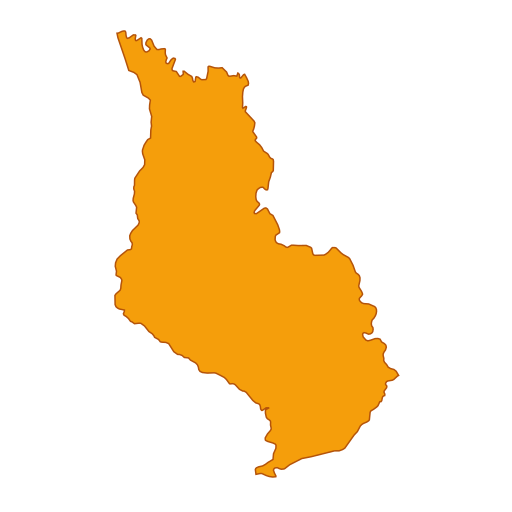 Bu Dop, Bình Phước, Vietnam, rotated 272°
{"feature_id": "81297802B5857215594058", "entity_name": "Bu Dop", "entity_type": "district", "adm_level": 2, "iso_a3": "VNM", "parent_name": "Vietnam", "parent_adm1": "Bình Phước", "projection": "albers", "projection_center": [106.839, 11.984], "detail": "fine", "context": "isolated", "style": "filled", "palette": "amber", "viewbox_px": 512, "rotation_deg": 272, "n_neighbors": 0, "source": "geoboundaries", "source_scale": "gbopen_adm2", "svg_char_len": 6110}
<svg xmlns="http://www.w3.org/2000/svg" viewBox="0 0 512 512"><g transform="rotate(272 256 256)"><path d="M141.6,402.7L145.7,400.1L147.4,397.8L148.2,394.4L149.5,392.0L152.1,390.3L154.2,388.2L155.9,387.3L158.3,387.3L160.7,386.6L162.5,386.5L164.3,387.2L166.7,388.7L169.4,389.4L171.4,388.9L172.9,387.4L174.5,384.5L177.2,382.9L177.8,380.7L177.6,377.9L175.8,373.3L175.1,370.8L175.8,368.8L178.9,365.9L181.2,365.3L182.4,365.5L183.2,366.6L182.9,368.4L181.8,371.2L182.2,373.1L183.3,374.6L184.5,375.3L186.8,375.6L188.6,375.3L190.1,374.1L192.2,373.6L194.3,373.8L196.1,374.3L198.0,376.0L200.5,377.4L202.5,378.1L204.8,378.4L206.8,378.2L208.6,377.4L209.6,376.3L212.0,370.3L212.2,365.3L212.9,363.3L214.3,361.7L215.6,360.8L216.9,360.7L217.7,361.1L219.8,362.9L221.3,363.8L222.1,363.7L224.3,362.7L228.2,360.1L229.7,359.7L235.0,360.7L237.8,360.7L239.8,360.0L241.1,358.9L242.5,356.7L243.7,355.8L250.1,353.3L256.6,349.7L257.7,348.5L260.5,343.0L262.1,340.8L266.8,335.8L267.1,334.7L267.1,332.3L266.5,331.4L264.4,329.9L262.2,328.1L260.3,325.7L259.3,324.0L258.7,314.9L259.0,313.7L260.2,312.7L265.7,311.3L266.6,310.3L268.3,305.8L267.9,298.1L268.1,292.5L268.0,291.0L265.8,287.5L265.7,286.7L266.1,285.4L267.2,283.9L268.6,280.7L269.0,278.0L269.7,276.5L270.9,275.3L272.9,274.5L276.2,274.6L277.5,275.1L280.1,278.7L281.3,278.8L283.1,278.5L288.0,276.6L297.1,271.5L298.8,268.4L303.4,265.8L304.4,264.2L304.0,262.5L298.3,254.9L298.4,253.1L299.2,252.6L301.1,253.0L306.6,257.3L307.4,257.7L308.0,257.7L309.2,257.0L310.6,255.2L312.3,254.2L315.2,253.7L318.7,253.8L321.9,254.7L323.3,256.0L324.6,257.8L325.0,259.9L324.8,260.8L323.3,262.3L322.4,263.8L322.6,265.2L324.1,265.6L330.6,266.1L335.4,267.6L339.9,268.5L341.0,269.8L342.0,270.3L351.2,270.2L353.0,269.8L353.5,269.2L354.2,267.3L355.3,266.2L357.8,264.7L358.6,264.0L361.1,259.9L364.5,258.0L367.3,255.7L369.8,252.5L371.1,251.3L371.6,251.1L372.4,251.4L374.0,252.6L375.0,252.4L380.1,248.5L380.7,248.4L382.7,249.2L385.8,249.9L389.1,250.2L390.8,249.3L399.8,240.3L400.9,240.3L404.0,241.3L404.9,241.2L405.1,240.5L403.2,237.8L404.1,237.3L408.5,237.4L414.9,236.9L419.3,237.1L422.4,237.6L424.2,238.5L425.2,239.5L426.5,242.2L428.3,242.5L430.3,242.1L433.9,240.3L437.2,238.3L436.8,237.3L433.5,234.7L433.3,234.0L433.9,233.4L436.7,233.0L437.8,232.2L438.2,231.5L435.1,230.5L435.5,227.5L434.8,224.0L434.8,222.5L435.7,221.6L438.8,220.2L443.0,215.6L442.5,212.1L442.6,208.3L444.0,203.1L443.9,202.0L443.3,201.5L438.9,201.7L431.8,200.5L430.6,199.8L430.3,195.8L430.6,194.7L432.6,192.1L433.1,190.2L432.7,189.6L428.3,189.1L428.0,188.6L427.8,187.6L429.3,186.7L431.5,186.3L433.2,185.5L435.2,181.7L438.2,177.7L438.1,176.7L435.0,177.0L432.9,174.5L432.9,173.3L437.6,169.9L438.2,166.5L439.0,165.7L440.4,165.5L449.0,168.4L449.9,168.6L450.6,168.1L450.9,166.4L450.0,165.2L448.9,164.1L445.4,162.0L445.1,160.8L445.5,159.6L446.8,159.0L449.3,159.6L450.8,160.2L453.8,158.6L455.7,158.2L459.3,158.2L459.9,157.8L460.0,157.1L459.6,153.9L458.9,151.7L458.9,149.8L462.2,146.8L468.0,144.2L469.3,142.8L469.4,142.0L469.2,141.2L468.0,139.8L465.5,138.6L463.8,138.5L463.1,138.8L460.6,142.1L459.8,142.9L459.2,143.0L457.5,142.0L456.3,140.2L456.0,139.0L456.4,137.9L457.8,136.6L460.7,135.4L463.6,134.7L469.5,134.3L470.1,133.5L467.3,129.5L467.0,128.6L467.3,128.1L468.8,127.7L472.2,128.2L472.7,127.9L472.7,125.7L469.7,121.8L469.0,120.0L469.6,119.1L472.0,118.4L474.6,118.1L476.0,117.6L476.3,116.8L476.2,115.5L475.7,113.9L474.0,110.7L473.8,109.3L469.3,110.4L448.3,118.4L437.0,122.4L435.2,127.6L433.1,130.7L425.5,134.1L415.5,136.2L412.8,137.7L410.1,142.9L408.1,145.0L403.1,144.4L399.3,144.4L391.8,146.9L386.1,146.5L382.2,147.1L378.3,146.5L370.2,146.5L368.5,143.7L365.7,141.9L362.8,140.3L358.1,138.9L356.8,138.8L354.2,139.2L348.2,141.5L343.4,141.5L340.5,140.0L336.9,136.7L329.5,132.2L327.7,132.0L322.4,132.1L320.8,131.5L318.8,131.5L316.5,132.4L313.7,132.3L309.4,131.3L307.2,131.2L305.8,131.6L302.3,134.1L300.5,135.0L294.6,134.6L293.0,135.9L289.3,136.5L286.9,138.1L285.2,138.1L282.8,137.1L277.2,131.7L274.3,130.0L271.8,129.1L268.6,129.4L266.3,130.5L264.9,131.7L262.9,132.0L261.1,131.5L258.8,131.3L258.0,130.2L257.5,127.3L251.7,120.6L248.1,117.3L244.3,115.9L240.8,115.7L236.0,117.1L232.1,116.8L231.6,117.2L229.8,121.2L228.0,122.5L226.8,122.8L222.2,122.1L219.0,122.0L217.0,121.4L213.4,117.5L211.7,116.4L202.5,116.9L200.4,117.9L199.2,119.4L198.3,121.2L197.4,126.4L195.9,126.3L193.6,125.5L192.2,126.2L191.0,128.4L189.1,130.7L186.3,132.9L185.7,134.6L184.1,136.9L184.8,141.6L184.7,143.3L182.2,147.0L176.8,151.6L174.6,155.1L172.6,156.8L171.2,157.5L169.2,161.5L166.9,163.4L166.6,165.0L166.5,168.9L165.4,171.8L157.5,177.2L155.1,180.8L154.9,181.3L154.9,183.1L154.0,185.7L152.1,187.9L151.8,192.1L149.7,194.1L147.1,199.3L145.3,201.2L143.2,202.2L140.5,202.8L138.7,204.1L137.7,206.5L137.3,211.4L137.8,218.4L137.5,220.1L135.6,224.3L133.5,228.6L131.5,230.8L127.4,234.0L127.3,235.1L127.6,236.8L127.4,238.3L126.6,239.8L122.2,244.1L120.6,247.4L120.5,249.0L119.4,251.0L111.5,257.9L109.2,260.9L108.4,263.9L107.4,265.0L105.8,265.6L103.2,266.0L101.9,267.0L101.9,267.7L104.6,271.4L104.7,273.9L104.5,274.0L102.8,271.2L101.8,270.8L99.3,270.9L95.3,271.9L93.8,273.0L92.5,275.2L91.6,276.1L90.5,276.4L87.6,276.4L84.8,277.1L83.4,277.2L81.8,276.3L78.6,273.7L74.6,271.6L73.4,271.6L72.2,271.9L71.8,272.6L71.1,274.1L69.7,279.5L68.7,281.8L67.6,282.6L64.5,282.6L59.0,280.4L53.3,280.1L50.2,275.3L48.1,272.7L46.4,269.9L45.4,266.0L44.3,263.8L43.5,263.1L42.5,262.8L37.8,263.6L38.8,267.8L38.8,269.5L37.0,273.8L36.1,276.9L35.7,280.4L36.1,283.5L36.8,283.6L39.7,282.0L42.6,280.9L44.0,281.4L44.9,282.5L45.2,284.7L44.3,286.8L43.8,288.7L44.1,291.1L44.4,292.0L48.6,297.0L55.2,308.9L57.3,318.0L64.0,341.2L64.2,345.9L65.6,349.3L67.0,351.4L80.5,360.3L84.0,363.4L89.8,366.2L91.3,367.6L92.4,369.2L94.0,372.6L95.3,374.4L96.2,375.0L103.8,375.5L105.2,376.2L107.0,379.0L109.3,381.9L110.6,383.1L114.7,384.8L114.8,386.0L115.8,386.7L118.9,387.2L119.9,387.6L120.7,388.5L121.0,389.5L122.4,389.6L124.5,388.6L125.7,388.9L128.9,391.1L130.1,391.3L131.1,391.0L131.8,390.2L132.6,389.9L133.7,390.1L135.0,390.9L135.7,392.1L136.6,396.5L137.4,398.0L141.0,401.6L141.6,402.7Z" fill="#f59e0b" stroke="#b45309" stroke-width="1.5"/></g></svg>